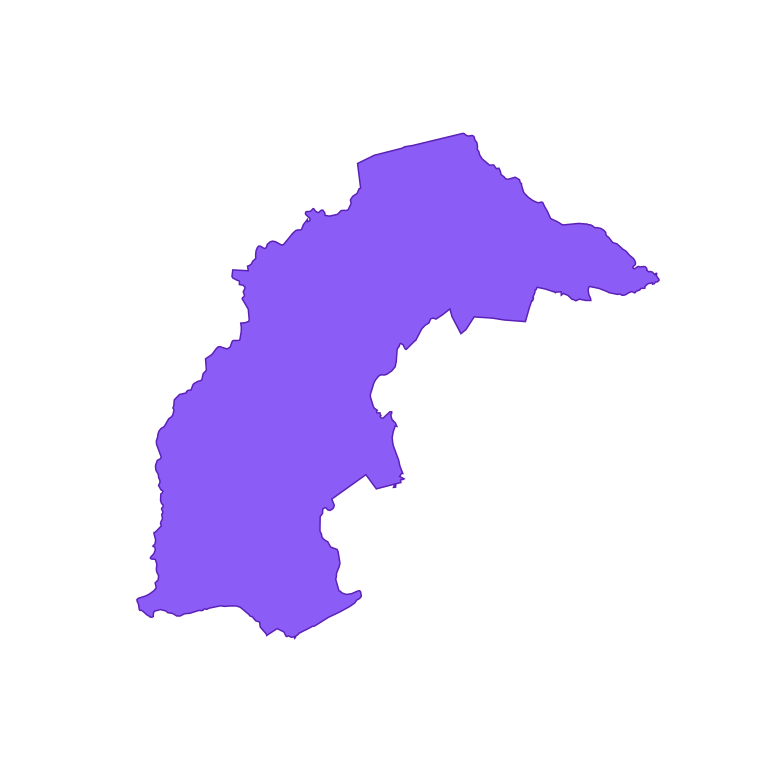 Mineral del Monte, Hidalgo, Mexico (Albers equal-area conic projection), rotated 76°
{"feature_id": "50627088B71257963793973", "entity_name": "Mineral del Monte", "entity_type": "district", "adm_level": 2, "iso_a3": "MEX", "parent_name": "Mexico", "parent_adm1": "Hidalgo", "projection": "albers", "projection_center": [-98.654, 20.148], "detail": "fine", "context": "isolated", "style": "filled", "palette": "violet", "viewbox_px": 768, "rotation_deg": 76, "n_neighbors": 0, "source": "geoboundaries", "source_scale": "gbopen_adm2", "svg_char_len": 6155}
<svg xmlns="http://www.w3.org/2000/svg" viewBox="0 0 768 768"><g transform="rotate(76 384 384)"><path d="M609.2,532.2L608.4,531.2L607.4,531.6L607.3,530.4L606.0,527.5L605.4,527.2L601.8,511.6L602.1,510.1L597.0,494.5L594.6,482.6L591.6,471.1L589.4,465.4L587.0,462.7L586.7,460.9L585.5,458.3L584.3,457.3L580.1,457.0L578.7,457.6L578.5,459.6L579.6,466.2L579.2,470.7L578.8,472.0L576.4,475.5L574.5,476.5L573.7,477.7L561.7,478.1L559.7,476.9L556.2,475.9L550.6,471.8L547.3,470.1L535.5,469.1L533.2,469.5L529.3,475.2L523.3,476.8L521.9,478.6L519.5,480.4L516.9,481.3L515.0,481.0L511.1,481.7L497.2,478.0L494.8,475.0L490.5,473.6L489.8,471.5L490.0,470.4L492.7,468.9L493.6,467.0L492.8,464.1L491.6,462.6L489.4,461.6L483.0,462.5L467.6,423.5L483.9,416.8L483.7,397.6L486.6,399.8L486.9,397.7L483.7,396.6L483.7,391.4L481.6,391.4L481.0,390.8L481.3,388.7L480.9,387.4L477.5,391.2L475.1,388.7L475.4,387.4L467.6,388.4L461.5,388.2L446.0,389.9L442.6,389.7L437.9,389.0L432.6,386.6L427.4,383.3L428.2,381.8L424.3,382.4L422.5,383.9L421.9,383.7L421.0,384.7L417.5,385.0L415.9,384.7L415.1,385.0L414.4,383.6L412.7,383.3L412.4,385.1L416.9,393.2L416.5,394.8L414.6,395.6L413.8,394.6L413.1,395.0L411.0,394.9L410.3,397.9L409.3,398.1L407.9,396.8L405.3,399.2L403.1,399.8L393.5,400.3L391.1,399.9L380.3,393.4L377.8,391.0L375.2,387.6L374.3,385.0L375.4,381.3L375.2,378.8L373.2,373.4L370.0,369.0L365.2,366.7L354.0,363.0L353.0,362.5L351.0,360.0L349.4,359.3L348.6,358.1L350.4,356.1L355.3,354.9L355.8,354.0L349.7,343.8L349.5,342.8L339.6,334.0L336.9,329.7L335.7,325.7L332.1,323.0L331.9,320.3L333.6,317.9L331.2,311.0L327.1,301.9L335.1,301.7L353.8,297.2L351.1,291.4L340.7,280.3L346.3,262.9L351.0,251.8L357.7,231.7L344.8,224.3L338.8,220.4L339.2,219.7L336.8,218.1L336.2,218.7L331.3,215.2L329.5,214.9L329.4,213.8L327.2,212.0L330.9,204.4L335.6,197.0L335.4,196.6L336.9,195.6L336.5,194.6L337.4,189.8L340.7,190.5L339.6,188.0L342.6,184.0L347.1,181.3L348.0,179.6L349.7,177.7L348.9,173.9L351.7,168.2L353.0,163.1L350.7,162.9L347.2,163.6L342.5,163.3L339.8,162.0L339.1,161.0L343.3,152.2L348.5,144.9L349.6,143.9L353.6,135.7L353.7,133.4L355.4,131.7L355.8,130.2L355.9,128.3L354.5,123.6L354.3,121.2L356.3,118.6L355.0,116.7L354.7,113.2L353.4,111.7L354.1,107.8L352.5,107.1L350.6,103.9L350.7,99.2L352.1,99.3L352.1,97.5L350.8,96.1L351.0,94.1L350.0,92.1L348.9,91.9L345.1,93.5L342.8,92.7L342.4,93.0L342.7,94.1L343.5,94.7L340.3,96.6L339.1,98.5L339.4,99.7L337.2,101.6L336.5,101.1L335.2,101.2L333.6,102.0L332.9,103.3L332.4,107.0L331.5,108.6L331.5,109.6L332.8,112.7L332.2,114.1L330.6,114.3L329.0,111.3L327.3,110.6L324.6,110.9L322.6,111.6L318.5,114.6L313.7,117.0L311.1,119.5L304.3,124.1L302.2,127.8L296.1,130.5L294.2,132.0L292.6,132.6L290.6,132.2L288.2,133.4L285.6,135.8L284.0,139.0L283.1,142.1L281.3,143.1L279.7,144.9L278.7,147.5L278.1,147.9L275.3,156.2L273.1,171.0L272.6,172.5L268.4,176.6L263.8,182.3L255.9,183.7L250.9,185.2L246.2,186.1L245.5,187.4L245.6,189.6L245.1,191.3L241.8,195.4L237.6,198.9L233.0,201.6L231.6,202.1L224.2,202.5L223.0,202.1L221.2,203.1L218.6,203.1L215.1,206.7L215.4,214.1L214.3,216.3L211.9,217.5L209.2,219.7L205.2,219.7L202.4,220.3L202.2,222.9L198.0,224.6L197.2,228.6L189.3,234.3L185.1,235.7L181.3,235.8L179.1,236.7L175.5,235.7L172.3,235.5L169.0,236.8L166.3,236.7L165.0,237.3L164.2,238.4L163.8,242.4L161.9,244.8L160.6,245.5L159.9,246.7L159.5,298.9L158.8,306.4L159.6,309.6L159.7,338.0L163.6,356.3L188.3,359.3L188.6,361.0L192.6,364.0L194.2,368.7L196.7,371.6L197.4,372.1L200.9,372.2L206.3,376.7L206.5,378.9L205.7,381.2L205.4,383.8L208.1,387.9L207.9,396.4L206.1,400.3L203.4,400.1L200.5,401.3L200.2,401.9L200.4,403.5L201.7,405.5L201.5,406.9L199.8,408.6L196.9,409.8L196.7,410.4L198.7,413.7L198.0,417.2L198.2,418.3L199.1,418.9L200.4,419.0L205.3,415.9L206.1,415.8L207.8,416.8L208.0,418.9L205.8,418.5L209.9,423.7L213.9,426.5L214.4,427.7L213.6,430.5L213.8,432.6L215.7,436.1L224.5,447.9L224.2,450.0L219.7,454.8L218.4,457.6L218.5,460.0L220.2,463.4L222.6,464.9L223.8,466.3L223.0,468.0L220.3,470.7L219.9,472.3L220.9,473.8L223.6,475.8L226.9,477.1L231.2,478.1L233.0,481.5L235.5,483.7L236.4,485.7L236.6,487.9L241.3,488.3L236.7,503.1L242.8,505.5L244.5,505.1L247.8,501.5L248.7,499.8L249.8,499.5L252.5,500.3L254.1,496.8L256.6,495.4L258.3,496.3L259.9,497.9L260.9,498.3L264.1,497.9L265.4,498.7L266.0,500.4L267.0,501.0L278.6,497.6L288.6,499.2L290.0,499.7L290.6,500.4L290.9,504.4L290.2,508.3L294.3,508.7L298.7,509.9L306.3,513.2L306.6,514.5L305.3,519.9L306.2,521.2L310.8,524.2L311.8,526.7L311.8,528.2L308.0,534.2L307.9,536.1L309.0,538.0L313.7,543.8L316.4,551.1L327.1,552.9L328.3,553.9L330.1,556.9L335.9,559.8L336.4,561.3L336.4,564.0L337.7,568.5L338.6,569.6L343.0,572.6L342.8,575.9L343.7,577.6L344.8,578.0L344.7,584.9L348.2,590.7L348.8,591.4L354.4,593.3L356.2,594.6L357.6,594.1L358.9,594.3L362.9,596.4L364.6,598.4L365.6,601.2L372.1,607.5L373.3,611.2L375.0,613.5L378.0,615.5L380.4,616.3L384.2,618.7L387.5,619.3L401.0,617.8L402.5,619.2L403.2,622.4L407.4,625.2L408.9,625.7L412.4,626.2L416.9,624.9L420.5,625.3L423.4,624.8L425.3,625.2L427.9,627.3L432.8,626.0L433.7,624.8L434.5,624.5L436.0,625.6L436.8,627.2L443.0,629.0L445.9,628.8L448.2,627.6L449.7,628.1L450.7,629.7L451.5,630.1L454.6,629.5L455.8,630.0L456.6,631.2L461.4,631.6L463.2,633.4L465.2,634.6L467.8,634.4L472.6,642.0L472.4,643.0L473.4,643.4L480.2,643.3L483.8,645.0L485.4,647.5L486.9,645.9L489.3,645.9L492.8,648.2L495.7,652.5L496.8,652.8L497.7,651.7L498.7,648.5L499.6,648.3L503.8,648.0L508.9,649.8L511.3,650.0L515.5,649.1L519.4,650.5L521.6,654.2L526.7,654.3L529.0,657.4L531.1,662.6L532.0,666.6L532.5,674.3L533.4,675.9L535.3,676.1L538.1,675.5L543.7,676.0L544.6,675.7L545.1,673.7L551.1,669.6L552.6,667.8L553.5,667.4L553.9,666.3L554.2,665.6L553.8,664.1L550.3,663.1L548.9,661.5L548.8,655.5L551.5,650.5L553.5,649.2L555.6,644.5L558.9,641.3L559.8,638.0L558.7,633.2L559.5,627.7L558.9,618.4L559.8,615.8L559.7,614.2L559.1,613.8L558.8,612.3L559.8,610.4L559.2,607.7L559.7,596.3L561.3,592.2L562.0,587.6L563.7,580.9L565.9,577.4L574.9,570.9L576.6,570.2L578.6,567.5L579.8,567.4L581.5,566.2L582.5,566.1L584.9,562.3L589.9,562.9L598.3,558.6L599.6,558.7L595.5,546.9L600.4,541.1L604.8,540.2L605.6,539.4L605.3,537.5L607.3,535.3L607.4,532.6L609.2,532.2Z" fill="#8b5cf6" stroke="#5b21b6" stroke-width="1.5"/></g></svg>